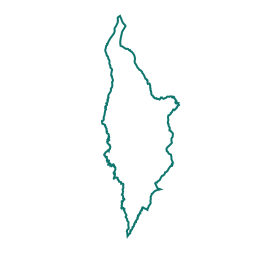 Ramapepe, Leribe, Lesotho, rotated 205°
{"feature_id": "5366337B9822317619474", "entity_name": "Ramapepe", "entity_type": "district", "adm_level": 2, "iso_a3": "LSO", "parent_name": "Lesotho", "parent_adm1": "Leribe", "projection": "robinson", "projection_center": [28.135, -29.017], "detail": "fine", "context": "isolated", "style": "outline", "palette": "teal", "viewbox_px": 256, "rotation_deg": 205, "n_neighbors": 0, "source": "geoboundaries", "source_scale": "gbopen_adm2", "svg_char_len": 5768}
<svg xmlns="http://www.w3.org/2000/svg" viewBox="0 0 256 256"><g transform="rotate(205 128 128)"><path d="M183.9,223.2L183.2,222.3L182.5,221.2L182.5,220.5L181.9,219.5L181.9,215.6L182.3,212.8L182.1,212.0L181.0,210.3L180.7,208.0L181.9,201.7L182.2,198.5L182.1,196.4L182.6,195.4L181.9,194.8L182.2,193.6L182.5,193.1L181.8,190.7L181.7,189.3L180.7,187.7L179.4,186.7L177.8,184.6L177.3,184.7L176.7,184.4L175.9,183.7L174.8,182.2L173.5,181.5L172.7,180.1L172.1,178.4L170.3,177.0L170.1,176.3L169.4,175.3L168.9,175.0L167.9,174.8L166.9,173.9L166.8,172.4L166.6,172.1L166.4,171.0L165.4,168.4L164.3,168.1L164.2,167.4L161.8,165.0L161.6,164.4L161.9,163.3L161.6,162.9L161.5,162.0L160.8,161.3L159.8,158.8L159.8,157.5L160.2,156.8L160.1,156.3L159.3,154.9L159.2,152.9L159.6,151.0L159.6,149.2L159.3,148.8L159.1,147.6L158.5,147.4L158.4,146.0L158.6,145.5L158.1,144.9L158.4,144.5L157.7,143.9L157.8,142.8L157.5,142.4L158.1,141.2L157.1,140.9L156.8,140.0L157.2,139.6L157.4,138.4L157.7,137.7L157.5,137.4L156.8,137.6L156.5,137.0L156.8,135.9L155.8,135.5L156.0,133.9L154.7,129.3L154.6,127.3L153.7,126.0L153.6,125.3L153.5,124.5L153.9,123.9L154.5,123.6L154.3,122.8L153.0,121.0L151.3,121.2L150.0,121.0L149.8,120.3L149.5,120.3L149.0,119.6L148.7,119.6L148.4,119.1L147.0,118.2L146.9,117.4L146.3,116.6L145.8,116.5L145.5,116.1L145.8,115.3L144.6,114.3L144.1,114.2L143.4,114.4L142.7,113.9L141.9,112.5L141.1,111.8L141.1,111.6L141.7,111.4L141.5,110.9L141.6,109.9L141.3,109.4L140.7,109.8L140.4,109.4L140.8,109.1L140.0,109.0L140.5,107.8L141.3,107.1L141.1,106.8L140.6,106.9L140.5,105.9L139.1,105.4L138.7,104.9L137.5,105.0L137.2,104.3L136.5,104.0L136.0,103.4L135.6,101.6L136.0,100.7L135.7,99.2L136.4,99.7L136.9,99.0L137.2,97.8L137.9,96.7L138.1,96.2L138.1,95.4L137.9,95.0L138.4,94.2L138.2,93.5L137.0,92.8L136.3,92.7L136.0,92.3L135.6,92.8L134.9,92.8L134.4,91.5L133.5,90.8L133.6,90.1L132.9,90.1L133.2,89.5L132.7,88.8L131.9,89.7L132.0,90.2L131.6,90.4L131.4,90.3L131.2,89.3L131.6,88.8L130.7,88.2L130.5,86.3L130.3,86.3L129.3,87.6L129.3,87.8L129.7,87.8L129.4,88.2L128.7,88.1L128.6,87.9L128.8,87.6L128.6,86.9L128.2,86.9L127.9,86.3L127.7,86.6L128.0,87.3L126.8,86.6L126.4,87.8L125.8,87.6L125.7,87.9L126.2,88.6L126.0,88.9L125.3,88.7L124.5,87.9L124.1,87.0L123.5,86.8L123.2,87.1L122.9,86.9L122.6,86.6L121.8,84.8L121.9,83.6L121.7,82.7L122.2,81.6L121.4,80.4L121.1,80.5L120.6,81.2L120.4,81.0L120.4,80.6L119.9,79.9L119.7,77.0L119.7,76.4L119.4,76.2L119.2,77.5L118.1,77.7L117.9,78.1L116.4,78.5L115.7,77.1L115.4,76.9L114.9,77.0L114.1,76.5L113.5,75.6L112.3,75.9L111.4,75.9L110.8,75.3L110.8,74.7L110.6,74.5L110.3,74.9L109.1,75.4L108.6,75.2L108.2,74.8L108.0,73.4L107.0,72.2L106.9,71.7L107.1,70.7L106.7,70.1L106.8,69.7L105.6,68.5L105.6,67.7L105.0,66.3L105.5,65.3L105.4,64.9L104.0,64.5L103.2,63.4L102.7,62.1L101.6,62.3L101.1,61.7L101.7,60.8L101.6,59.8L102.7,59.0L102.4,58.2L101.7,57.9L101.8,57.2L101.2,56.7L101.0,55.8L101.2,55.2L100.3,54.2L100.3,52.7L99.7,52.3L98.5,53.6L97.1,53.2L97.3,52.4L97.2,51.9L96.2,51.5L95.4,50.4L92.6,48.4L92.4,47.9L92.6,46.4L90.2,45.0L89.9,44.1L89.5,43.7L87.8,42.9L87.1,41.3L86.9,40.4L85.0,37.6L85.0,36.9L85.6,35.4L85.4,33.8L84.5,33.0L82.7,29.8L82.2,32.2L81.5,33.6L82.3,35.1L81.9,35.7L82.5,36.4L81.6,37.4L81.5,38.5L81.8,39.2L81.6,39.9L81.9,40.2L81.4,40.7L81.3,42.0L81.6,42.9L81.5,43.2L81.7,43.4L81.5,43.8L81.8,44.3L81.7,45.3L81.1,45.9L81.6,46.4L81.3,46.7L81.5,47.2L81.4,48.1L80.9,49.5L81.5,50.3L81.1,50.9L81.8,52.1L81.3,52.7L81.3,53.1L81.5,53.1L81.8,52.7L82.0,53.1L81.4,53.8L81.5,55.1L80.7,55.8L80.9,56.1L81.4,56.3L81.3,58.4L80.8,59.0L81.2,59.2L80.9,60.1L81.4,61.3L80.8,61.8L81.1,62.3L80.8,62.5L80.1,62.4L79.5,62.0L78.0,62.2L75.8,62.0L76.3,63.5L76.0,64.0L76.2,66.2L75.7,68.4L75.8,69.8L76.8,71.2L77.4,73.5L78.0,74.3L78.4,75.7L78.3,76.6L78.6,78.4L78.1,78.9L77.7,80.6L76.8,82.6L75.6,83.8L72.8,86.1L75.4,85.9L76.2,86.1L80.0,89.4L79.5,90.6L78.6,90.9L78.6,91.7L78.2,92.8L77.4,93.8L77.2,94.9L77.2,97.2L76.9,99.1L76.2,99.6L75.5,101.0L75.4,101.9L75.6,103.5L74.8,104.2L74.1,105.7L73.9,108.7L73.3,111.5L72.1,112.2L72.2,113.4L72.9,113.3L73.1,113.9L73.0,114.9L72.5,115.5L75.4,118.0L76.4,120.1L77.8,122.0L80.3,122.0L81.8,123.2L83.0,123.3L83.2,123.9L84.2,124.9L84.3,125.7L84.2,127.2L83.8,127.8L82.3,131.8L82.0,133.2L83.4,135.0L84.2,137.1L83.8,138.8L84.9,141.8L85.6,142.4L88.0,143.2L88.3,143.6L89.4,143.3L89.8,144.3L90.1,145.7L92.1,147.2L92.7,147.8L92.8,148.7L93.2,149.1L93.9,149.2L94.1,149.6L94.5,150.6L94.7,152.1L96.0,154.1L96.5,155.3L96.7,156.6L96.1,156.9L95.2,159.1L95.5,159.7L94.9,161.0L94.8,163.9L93.4,163.9L93.3,164.7L92.7,165.8L92.5,166.5L92.7,167.1L92.3,167.5L92.4,168.3L92.3,168.9L91.5,170.4L92.6,171.2L93.4,171.0L93.1,171.8L93.9,171.6L94.6,170.6L95.2,170.6L96.0,171.4L95.3,172.7L95.4,172.9L96.3,173.1L96.8,173.8L98.7,174.5L99.0,175.4L99.8,175.6L100.5,175.4L100.2,174.8L100.8,174.3L101.3,174.4L101.8,174.9L102.0,174.9L103.2,174.5L104.0,173.6L105.6,173.1L106.5,171.1L107.3,170.5L107.5,170.1L108.1,169.5L109.5,169.6L110.2,170.0L110.6,169.5L111.1,169.4L111.1,167.9L111.5,167.1L112.8,167.2L113.8,166.6L114.5,166.6L115.0,167.0L115.9,166.3L116.5,166.3L117.1,166.7L117.7,166.6L117.9,167.1L118.5,167.4L120.5,168.0L121.4,168.8L122.0,170.2L122.5,170.7L122.8,171.3L123.7,171.8L124.3,173.5L124.9,173.7L125.7,175.7L127.2,177.3L127.8,177.2L128.6,176.4L129.5,177.2L130.3,179.2L130.7,179.6L131.2,179.4L131.8,180.0L133.0,180.0L135.6,182.4L137.2,183.5L138.4,184.0L138.9,184.8L140.7,185.5L142.7,185.7L143.7,186.4L144.8,186.7L147.4,188.8L149.4,190.0L150.1,191.0L150.7,193.2L151.4,194.5L152.7,196.1L153.8,197.1L156.8,198.7L158.4,198.7L158.5,199.1L159.1,199.5L160.1,199.1L161.1,199.6L162.1,199.5L163.5,198.8L167.4,199.5L168.8,199.3L169.7,199.5L170.5,201.2L171.0,201.7L171.6,203.2L172.5,206.2L174.0,212.7L173.3,219.2L173.7,219.8L176.6,220.9L177.3,221.3L182.6,226.2L183.8,224.2L183.9,223.2Z" fill="none" stroke="#0f766e" stroke-width="2"/></g></svg>